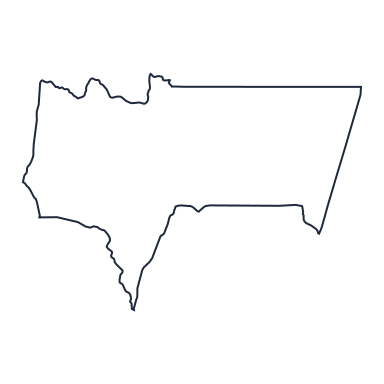 the Department of Tarija
{"feature_id": "BOL-1941", "entity_name": "Tarija", "entity_type": "Department", "adm_level": 1, "iso_a3": "BOL", "parent_name": "Bolivia", "parent_adm1": "", "projection": "mercator", "projection_center": [-64.397, -21.882], "detail": "fine", "context": "isolated", "style": "outline", "palette": "slate", "viewbox_px": 384, "rotation_deg": 0, "n_neighbors": 0, "source": "natural_earth", "source_scale": "10m", "svg_char_len": 3702}
<svg xmlns="http://www.w3.org/2000/svg" viewBox="0 0 384 384"><path d="M319.1,233.7L318.2,233.3L317.9,232.5L317.7,231.4L317.2,230.3L315.9,228.9L311.2,225.5L306.0,223.0L304.4,221.3L303.6,219.2L303.6,215.4L302.8,214.0L303.1,213.0L303.1,211.8L302.4,207.3L302.1,206.2L300.5,205.8L295.7,204.9L279.4,205.8L244.5,205.6L209.8,205.4L205.5,206.1L203.8,207.1L198.6,211.7L197.4,211.1L192.8,207.1L190.6,206.1L180.3,205.4L177.3,205.9L175.7,206.6L175.3,207.0L175.3,207.7L174.2,210.4L173.8,212.7L173.4,213.6L172.6,214.5L171.7,214.9L171.0,215.2L170.4,215.6L169.4,217.5L167.7,224.2L164.3,233.0L163.4,234.4L161.2,235.6L160.4,236.5L152.2,258.1L149.5,262.0L143.8,267.4L142.2,270.3L137.4,288.3L137.3,296.9L136.4,299.2L133.8,308.5L134.0,310.0L131.9,309.0L131.5,303.4L130.1,301.7L131.0,298.8L130.6,295.6L129.1,292.9L126.7,291.8L125.5,290.8L122.6,284.5L121.5,283.6L120.5,283.2L119.8,282.5L119.5,280.7L119.6,279.4L120.1,277.0L120.2,275.8L120.7,274.5L121.6,273.5L122.4,272.3L122.6,270.5L116.4,264.4L114.8,262.2L114.2,259.4L113.8,258.7L111.8,257.4L111.2,256.5L111.2,255.3L112.1,253.0L111.9,251.7L110.4,250.4L108.1,248.7L106.7,246.7L107.8,243.9L109.2,242.1L110.0,240.5L109.9,238.6L108.9,236.1L108.0,234.7L105.0,231.1L104.0,230.3L101.8,229.8L99.3,228.6L97.2,227.0L94.8,226.6L93.9,226.3L93.1,226.5L91.0,227.4L90.0,227.6L85.6,226.5L77.9,222.1L57.1,217.2L38.3,217.4L40.2,217.4L40.1,217.1L37.1,202.9L36.0,199.3L35.6,198.9L34.7,198.1L33.4,196.1L30.6,190.6L28.8,187.9L28.0,187.0L26.8,186.0L26.2,185.1L25.6,184.2L25.1,183.6L24.6,183.1L24.1,182.8L23.0,182.2L24.0,176.8L24.7,174.9L25.8,173.8L26.5,173.0L26.8,171.9L27.1,168.5L27.4,167.4L27.7,166.6L28.2,166.2L29.7,164.5L31.1,161.9L33.0,156.8L33.3,155.3L33.4,154.2L33.4,150.4L33.8,143.6L36.9,119.7L36.7,117.3L36.7,112.5L36.8,111.4L38.7,104.7L40.1,83.1L40.4,82.4L40.7,81.7L41.4,80.8L42.0,80.4L42.7,80.5L43.2,80.8L44.1,81.5L44.7,81.7L46.6,82.3L47.2,82.4L47.9,82.3L49.4,81.7L50.1,81.5L50.7,81.6L51.2,81.8L52.1,82.6L55.5,86.8L55.9,87.0L56.4,87.0L57.1,86.8L57.9,86.8L58.0,86.9L58.7,87.7L59.0,88.1L59.5,88.1L60.1,88.1L61.0,87.6L61.7,87.5L62.4,87.6L62.8,87.9L63.7,88.7L64.2,89.0L64.7,89.2L65.4,89.3L66.7,89.1L67.4,89.2L68.0,89.4L68.4,89.8L68.8,90.3L69.0,90.9L69.1,91.5L69.3,92.1L69.8,92.5L71.1,92.9L71.6,93.2L72.1,93.5L72.5,93.9L72.8,94.4L73.1,94.8L73.4,95.3L73.8,95.7L74.3,96.0L76.0,96.8L76.4,97.2L76.8,97.6L77.2,98.0L77.7,98.3L78.2,98.4L79.5,97.8L81.6,97.2L83.4,96.3L84.2,95.6L84.7,94.8L84.9,93.4L85.1,92.8L86.0,91.1L86.1,90.5L86.2,89.8L86.1,88.4L86.3,86.9L87.0,85.2L88.6,82.7L89.5,80.9L90.6,79.3L91.4,78.7L92.2,78.4L92.9,78.6L93.4,78.8L94.9,79.6L95.5,79.8L96.1,80.0L97.5,80.0L98.1,80.0L98.7,80.2L99.1,80.6L99.4,81.2L100.0,82.9L100.3,83.4L100.7,83.8L102.8,85.0L103.2,85.4L104.0,86.2L104.4,86.8L106.6,89.3L106.9,89.8L109.6,95.9L109.9,96.4L110.2,96.9L110.7,97.2L111.2,97.5L112.0,97.7L113.0,97.6L116.4,96.7L118.5,96.5L119.2,96.5L120.6,96.7L121.2,97.0L122.2,97.7L126.2,101.0L130.2,102.8L132.3,103.2L138.9,102.5L140.3,102.7L143.3,103.6L144.2,103.7L145.0,103.6L145.5,103.2L146.1,102.8L146.7,102.2L147.1,101.7L147.5,101.1L147.7,100.6L147.9,99.9L148.0,99.2L148.2,96.9L148.1,96.2L147.5,94.4L147.6,93.8L148.1,92.8L148.3,92.3L148.3,91.7L148.5,90.9L149.3,89.9L149.7,89.2L149.9,88.4L150.0,87.8L149.3,80.8L149.4,77.8L149.5,76.7L149.7,76.1L150.5,74.0L151.3,74.4L152.6,75.9L154.1,77.0L155.5,76.8L157.1,76.2L159.5,76.2L161.7,76.7L162.6,77.5L163.0,79.7L164.0,80.4L167.2,80.4L167.8,80.2L169.1,80.0L169.9,80.3L169.1,81.7L168.8,82.8L169.6,84.0L171.8,86.1L171.8,86.5L174.1,86.5L184.4,86.8L360.9,86.9L361.0,86.9L361.0,87.0L360.5,94.8L357.0,106.9L353.4,119.2L349.5,132.5L345.5,146.3L341.7,158.9L336.5,176.1L332.5,189.6L327.7,205.8L324.8,216.4L321.6,227.7L319.1,233.7Z" fill="none" stroke="#1e293b" stroke-width="2"/></svg>